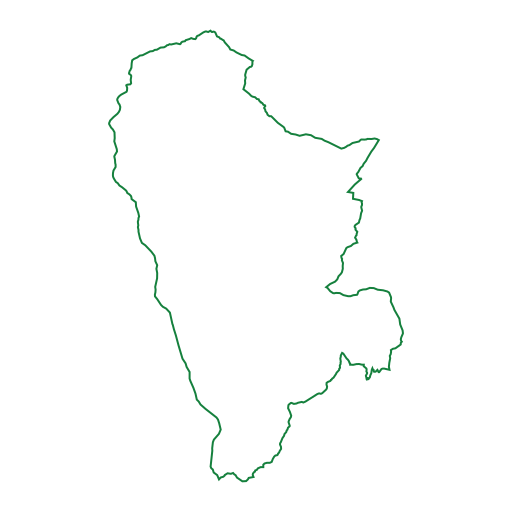 Brebu, Prahova, Romania (Albers equal-area conic projection)
{"feature_id": "2599482B17344347957836", "entity_name": "Brebu", "entity_type": "district", "adm_level": 2, "iso_a3": "ROU", "parent_name": "Romania", "parent_adm1": "Prahova", "projection": "albers", "projection_center": [25.796, 45.203], "detail": "fine", "context": "isolated", "style": "outline", "palette": "green", "viewbox_px": 512, "rotation_deg": 0, "n_neighbors": 0, "source": "geoboundaries", "source_scale": "gbopen_adm2", "svg_char_len": 6031}
<svg xmlns="http://www.w3.org/2000/svg" viewBox="0 0 512 512"><path d="M389.5,369.8L388.9,366.8L389.3,362.8L390.2,358.2L389.8,355.9L390.7,354.2L391.1,351.9L390.9,350.1L392.9,348.8L395.4,348.3L400.7,344.5L400.8,342.9L401.8,341.7L401.1,340.9L400.8,339.2L401.3,337.3L402.9,333.6L402.9,332.8L402.6,330.4L400.2,324.5L399.4,318.7L394.4,309.9L393.5,307.4L391.1,302.3L390.8,301.5L391.1,298.2L391.0,297.2L389.1,292.6L387.4,291.5L383.1,290.3L377.7,289.7L373.8,288.1L369.8,287.9L366.1,289.3L363.0,289.5L359.9,290.4L358.4,291.5L357.5,294.1L357.0,294.8L353.3,295.2L350.5,296.2L348.1,296.2L343.4,295.1L339.9,293.1L336.1,292.9L334.1,293.3L333.0,293.1L330.2,291.2L327.5,287.9L326.2,287.2L330.1,284.0L335.0,281.7L336.7,280.0L337.4,279.1L338.5,276.3L340.8,273.9L341.9,272.3L342.8,268.8L342.7,266.0L343.0,263.0L341.9,260.3L342.1,258.9L341.5,257.9L341.2,256.0L343.6,254.0L346.3,248.1L347.5,247.2L350.9,246.0L353.4,243.8L357.3,242.6L356.9,241.9L356.4,239.7L355.1,237.7L355.9,235.9L356.6,235.1L356.6,234.0L357.3,231.8L355.5,229.7L355.6,228.2L354.8,227.3L354.6,226.6L354.8,225.8L355.5,224.9L358.9,222.6L359.5,220.0L360.2,218.5L361.1,213.2L362.1,210.7L361.3,207.5L361.3,206.7L362.0,205.0L362.0,203.5L361.6,202.1L362.0,201.1L359.1,200.0L353.0,198.8L353.3,192.9L348.0,192.0L354.8,184.5L361.2,179.0L361.0,178.6L359.3,178.5L358.7,178.2L356.7,174.3L356.8,173.8L358.3,172.0L360.5,167.9L362.6,166.1L363.7,163.7L366.0,160.9L367.6,157.8L371.3,151.6L374.0,148.0L378.8,140.1L377.0,139.1L374.6,138.5L371.6,139.0L367.4,138.9L366.4,139.4L364.6,139.6L361.5,139.5L360.7,139.8L359.0,141.5L352.5,143.0L349.4,145.1L347.5,145.7L346.3,146.7L344.1,147.9L341.3,148.6L328.4,142.2L324.6,140.7L321.7,138.9L315.2,137.8L311.0,135.2L305.9,134.3L299.6,135.8L295.6,134.5L291.1,133.8L288.0,131.7L285.6,131.3L284.3,127.9L283.7,127.1L277.8,122.8L271.7,116.7L271.1,116.2L269.4,116.2L267.6,114.8L266.9,112.9L265.5,111.3L265.1,109.4L264.2,108.2L264.2,107.6L265.3,106.1L265.1,105.4L263.4,104.8L262.3,103.1L260.7,102.4L260.8,102.0L259.2,100.7L258.7,99.3L256.9,99.0L255.2,97.3L252.4,96.6L251.1,95.8L249.0,93.6L243.4,89.2L245.2,83.4L245.0,80.4L245.7,77.5L245.2,75.8L245.2,74.6L246.6,69.7L249.8,67.0L251.2,66.7L251.8,66.1L252.4,64.3L252.4,61.3L252.8,60.9L248.6,58.4L244.6,55.5L241.7,55.0L236.4,52.4L233.7,50.5L230.3,49.5L229.1,47.2L224.8,42.4L223.6,40.3L222.6,39.9L221.2,38.8L220.3,38.7L219.2,37.3L217.0,36.4L215.3,32.5L214.3,31.8L213.2,31.6L212.4,32.0L211.6,31.9L210.5,30.7L208.2,32.0L206.0,31.4L205.1,31.6L203.3,32.4L198.8,35.4L197.3,35.9L196.6,36.7L196.1,38.3L195.3,39.1L193.3,38.9L191.2,38.1L189.5,39.0L185.7,40.2L185.0,41.2L182.4,41.7L181.4,42.4L180.5,43.9L180.0,44.2L176.3,43.3L171.1,44.5L169.5,44.2L168.3,45.0L167.1,45.2L165.7,46.4L164.0,47.3L160.5,47.6L156.9,49.7L154.8,49.9L152.8,51.1L150.1,51.4L142.6,55.2L139.8,55.6L137.4,57.4L133.9,59.0L132.2,60.3L131.7,63.2L131.4,67.9L131.0,68.3L130.6,69.7L129.8,70.6L129.0,73.2L129.2,73.9L130.6,74.8L131.2,75.8L131.2,76.6L130.7,79.9L131.1,83.3L130.3,84.3L127.2,84.7L126.3,85.3L127.2,87.9L127.0,90.6L126.5,91.8L121.2,94.6L119.4,96.0L118.1,97.5L117.3,99.1L117.2,100.0L118.5,103.3L119.5,104.5L120.3,107.0L119.9,109.8L118.9,111.9L117.4,113.8L113.4,117.2L110.2,120.5L109.1,123.2L109.2,124.2L111.1,127.6L112.9,129.5L114.5,132.3L114.7,138.2L114.3,141.4L116.8,149.2L117.0,151.5L114.5,155.8L114.3,156.6L115.0,159.8L115.2,163.1L115.6,164.7L115.6,167.0L113.5,170.5L113.0,173.0L112.9,175.3L113.1,176.8L113.8,178.4L115.9,181.9L117.8,183.2L119.4,185.5L122.0,187.2L125.8,190.3L126.6,191.3L127.3,193.0L129.3,194.3L130.9,195.9L131.4,197.2L131.6,199.1L135.8,202.2L136.1,206.6L138.3,212.9L139.1,216.5L138.5,218.0L138.4,219.9L137.9,221.3L137.9,222.5L138.3,225.3L137.9,227.1L138.5,230.0L138.5,231.7L140.0,238.4L141.9,242.9L145.3,245.3L151.3,251.6L154.4,255.7L155.0,258.0L155.4,261.3L157.2,265.2L156.4,268.8L157.2,273.0L157.1,278.3L155.2,286.9L155.6,289.6L155.4,292.4L154.9,294.6L155.0,296.4L157.2,299.1L161.0,304.9L162.9,306.8L166.2,308.6L169.9,312.6L172.4,324.0L172.8,324.9L173.9,329.2L175.9,335.5L178.5,345.3L182.5,358.7L185.6,363.4L186.6,366.9L189.6,372.0L189.6,378.6L190.3,380.8L193.4,387.8L195.5,393.7L196.8,399.6L198.7,401.5L200.5,404.5L205.5,408.9L216.5,417.5L218.0,419.6L219.2,423.3L220.7,429.6L218.9,433.9L213.9,439.6L212.9,442.2L212.2,448.2L212.3,450.8L210.6,466.6L211.3,468.3L212.8,469.5L213.7,472.5L217.2,475.1L219.0,479.4L220.7,477.5L223.4,476.7L224.7,475.5L224.8,475.0L227.6,473.3L230.9,473.8L233.1,473.0L234.2,474.3L235.6,475.2L237.0,477.6L242.4,481.3L246.1,481.1L247.9,479.4L248.7,477.9L253.5,477.0L252.7,474.9L253.0,473.5L254.2,472.0L255.0,471.6L255.2,470.5L256.9,469.8L257.8,468.4L260.7,467.1L263.3,467.1L263.3,464.7L264.5,463.5L266.9,462.8L269.8,462.8L271.7,461.9L272.8,459.0L274.2,456.6L275.4,455.5L277.1,455.2L277.7,454.7L278.1,453.5L279.0,452.7L279.8,450.8L281.1,448.9L281.0,446.9L280.0,444.5L280.1,443.3L280.8,442.2L282.5,438.0L284.0,435.9L284.5,434.0L286.2,432.1L286.7,430.4L287.4,429.7L288.0,427.7L289.6,426.3L289.7,425.6L288.6,422.4L288.6,421.5L289.6,419.1L290.9,417.1L291.2,415.7L289.9,411.9L288.1,408.2L288.4,405.3L288.7,404.7L290.8,403.0L291.5,402.9L293.9,403.9L296.5,403.5L297.9,402.8L301.8,401.9L303.3,402.5L305.4,401.6L317.4,394.0L319.1,393.4L320.9,393.8L322.2,393.2L326.2,389.5L326.8,388.5L327.1,386.5L326.5,384.7L326.6,382.9L327.9,381.9L330.2,381.0L330.7,380.5L330.9,379.9L331.5,379.7L332.2,378.6L333.5,377.7L336.0,374.0L336.6,372.7L339.2,369.9L339.2,368.8L340.0,367.8L339.8,365.5L340.6,363.9L340.5,362.6L340.8,361.9L340.3,358.5L340.8,356.6L340.8,355.5L342.1,352.9L343.3,353.6L346.6,358.5L347.9,359.7L349.1,361.5L349.4,362.8L350.1,363.4L350.1,364.7L353.3,364.8L356.4,364.1L359.1,364.0L362.0,364.7L363.8,364.7L363.7,366.2L366.4,368.5L366.6,369.6L366.4,371.5L367.1,372.7L367.1,373.4L365.9,375.6L366.1,376.9L366.7,377.8L367.1,377.9L366.5,378.7L366.8,379.5L368.5,379.1L368.7,378.6L369.8,377.4L370.4,375.1L371.3,373.2L371.8,369.7L372.4,368.3L372.8,369.4L373.6,369.9L373.9,371.6L375.0,371.8L375.7,371.6L377.4,369.9L378.6,372.1L379.2,372.1L381.5,369.0L382.7,368.6L384.2,368.6L389.5,369.8Z" fill="none" stroke="#15803d" stroke-width="2"/></svg>